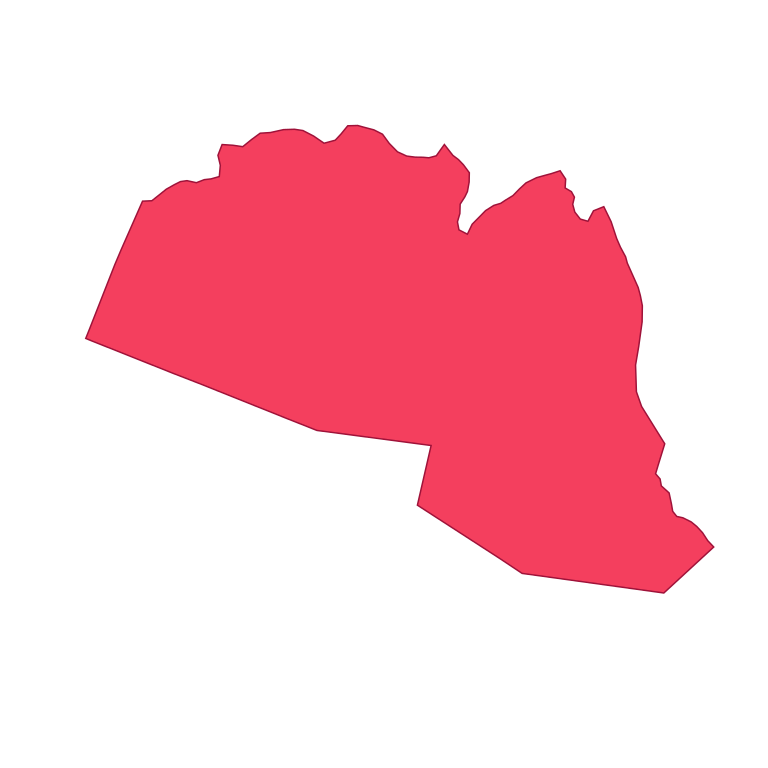 Caraúbas do Piauí, Piauí, Brazil, rotated 75°
{"feature_id": "56859067B66346161211565", "entity_name": "Caraúbas do Piauí", "entity_type": "district", "adm_level": 2, "iso_a3": "BRA", "parent_name": "Brazil", "parent_adm1": "Piauí", "projection": "albers", "projection_center": [-41.857, -3.587], "detail": "fine", "context": "isolated", "style": "filled", "palette": "rose", "viewbox_px": 768, "rotation_deg": 75, "n_neighbors": 0, "source": "geoboundaries", "source_scale": "gbopen_adm2", "svg_char_len": 1598}
<svg xmlns="http://www.w3.org/2000/svg" viewBox="0 0 768 768"><g transform="rotate(75 384 384)"><path d="M514.4,128.3L472.4,141.0L456.8,142.2L430.8,136.1L413.8,128.3L390.8,118.6L375.3,114.2L365.0,113.5L356.6,113.5L330.2,117.7L323.7,117.7L313.1,120.2L303.8,121.6L286.1,122.6L269.6,125.8L270.9,136.8L279.6,144.9L275.5,151.7L267.3,155.2L259.3,155.2L252.8,151.7L246.7,153.2L241.5,158.3L233.1,155.5L223.6,158.7L224.1,168.0L224.1,174.2L224.2,183.3L226.5,194.8L230.6,202.6L235.4,210.7L237.8,218.9L239.7,224.5L239.9,231.7L242.8,241.0L247.3,248.6L252.5,257.5L260.9,264.7L254.5,271.7L246.4,271.1L239.0,266.6L230.0,263.9L224.2,257.5L219.7,253.6L211.0,249.5L202.0,246.9L192.9,250.5L186.5,254.0L181.0,258.3L168.3,263.7L172.2,268.5L177.1,274.4L177.1,282.1L175.1,287.6L173.0,295.0L169.7,303.1L163.2,310.9L152.9,316.7L142.3,320.8L135.9,328.0L130.8,336.9L127.5,342.5L125.2,352.2L131.4,360.8L135.9,368.0L135.9,379.6L126.3,387.8L118.2,396.7L114.8,404.5L112.3,415.2L111.7,428.7L109.7,438.7L113.6,448.7L118.2,459.0L114.3,468.1L110.8,478.4L120.1,485.2L130.4,485.5L141.0,489.4L141.1,498.1L140.1,504.7L141.0,513.1L136.6,521.7L135.8,528.2L137.2,535.0L139.5,543.9L143.3,552.5L146.9,560.8L144.9,569.9L186.2,603.1L199.0,613.1L254.1,653.8L262.8,660.3L267.3,654.4L319.3,584.7L335.1,563.1L392.4,486.5L411.5,460.8L451.0,365.5L455.6,354.4L509.7,383.1L581.9,317.9L602.7,299.6L658.3,167.8L626.8,107.7L619.0,111.9L610.1,114.8L602.7,118.7L596.8,122.9L590.6,129.9L587.7,135.5L581.7,138.1L574.3,137.4L563.0,136.8L554.2,142.5L547.2,141.9L541.0,144.9L534.0,140.6L514.4,128.3Z" fill="#f43f5e" stroke="#9f1239" stroke-width="1.5"/></g></svg>